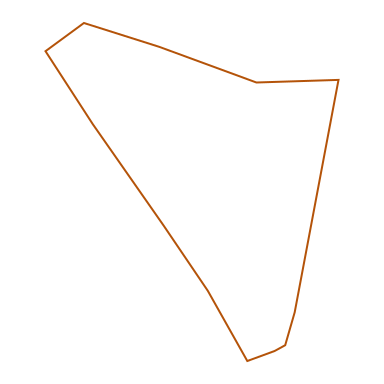 outline of Micoud
{"feature_id": "LCA-5083", "entity_name": "Micoud", "entity_type": "Quarter", "adm_level": 1, "iso_a3": "LCA", "parent_name": "Saint Lucia", "parent_adm1": "", "projection": "equal_earth", "projection_center": [-60.927, 13.81], "detail": "fine", "context": "isolated", "style": "outline", "palette": "amber", "viewbox_px": 384, "rotation_deg": 0, "n_neighbors": 0, "source": "natural_earth", "source_scale": "10m", "svg_char_len": 274}
<svg xmlns="http://www.w3.org/2000/svg" viewBox="0 0 384 384"><path d="M338.5,79.9L294.7,312.3L285.2,345.2L274.6,351.0L247.3,361.0L207.8,290.8L163.5,225.4L92.8,124.2L45.5,51.2L83.9,23.0L159.1,46.8L256.4,82.5L338.5,79.9Z" fill="none" stroke="#b45309" stroke-width="2"/></svg>